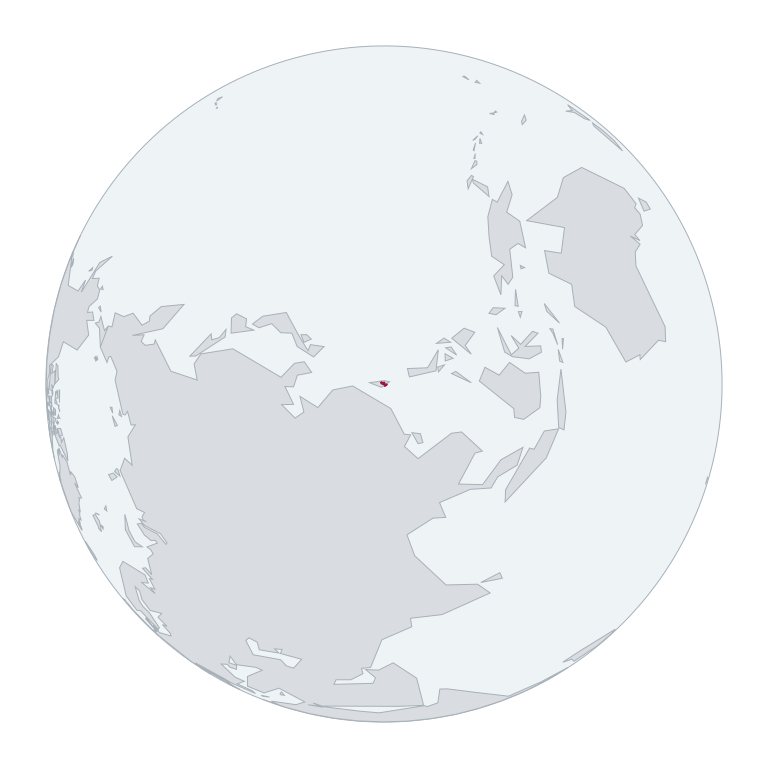 Kaohsiung City on an orthographic globe, rotated 256°
{"feature_id": "TWN-1156", "entity_name": "Kaohsiung City", "entity_type": "Special Municipality", "adm_level": 1, "iso_a3": "TWN", "parent_name": "Taiwan", "parent_adm1": "", "projection": "orthographic", "projection_center": [120.587, 22.979], "detail": "fine", "context": "on_globe", "style": "filled", "palette": "rose", "viewbox_px": 768, "rotation_deg": 256, "n_neighbors": 0, "source": "natural_earth", "source_scale": "10m", "svg_char_len": 11887}
<svg xmlns="http://www.w3.org/2000/svg" viewBox="0 0 768 768"><g transform="rotate(256 384 384)"><circle cx="384" cy="384" r="338" fill="#eef3f6" stroke="#a8b0b8"/><path d="M663.5,534.6L663.2,536.6L662.8,537.0L663.5,534.6ZM601.7,125.6L588.6,115.3L589.3,115.6L582.3,110.5L581.0,110.3L581.9,111.6L556.1,101.4L548.3,109.6L557.1,119.6L546.3,112.5L570.7,137.7L573.7,151.4L563.3,131.6L556.9,126.6L555.5,133.2L548.6,129.6L544.0,131.0L535.9,126.5L530.4,116.4L525.1,113.6L524.4,118.6L515.9,117.9L517.7,110.9L503.0,109.3L491.2,94.5L502.6,83.1L489.2,74.8L482.8,63.9L476.5,62.6L470.1,59.0L460.4,56.6L462.0,56.2L452.9,54.7L453.3,55.6L449.5,55.5L443.9,54.5L444.9,53.4L447.8,53.8L445.2,53.1L448.1,53.2L443.5,52.5L445.4,52.0L435.2,51.1L429.7,49.7L433.2,49.8L443.7,51.5L462.0,55.2L487.3,62.3L512.0,71.3L536.0,82.2L559.0,94.9L581.0,109.4L601.7,125.6ZM701.8,296.8L699.0,290.1L701.1,291.8L701.8,296.8ZM697.0,287.9L698.0,289.7L697.1,288.5L697.0,287.9ZM696.1,288.2L696.7,288.0L696.3,289.0L696.1,288.2ZM695.2,289.5L695.5,288.5L695.6,288.9L695.2,289.5ZM692.8,289.4L692.0,289.2L692.1,287.5L692.8,289.4ZM583.4,113.0L581.7,110.8L585.4,112.8L587.6,114.8L583.4,113.0ZM575.4,111.1L572.7,108.5L580.8,112.9L579.9,113.0L575.4,111.1ZM565.0,128.2L564.9,124.7L567.4,129.5L565.0,128.2ZM544.8,132.1L547.0,134.4L543.6,134.3L544.8,132.1ZM528.2,127.5L522.1,127.0L527.3,125.6L528.2,127.5ZM450.6,52.7L445.9,51.8L442.7,51.2L450.6,52.7ZM518.0,125.6L503.4,125.7L507.0,130.5L488.4,117.7L507.0,121.4L512.9,118.6L513.2,122.6L518.0,125.6ZM455.9,56.5L455.2,55.4L461.0,57.4L455.9,56.5ZM460.6,57.9L483.9,66.0L482.1,67.7L474.7,64.3L476.6,68.0L464.2,64.7L460.4,62.0L464.0,61.3L456.5,60.7L460.6,57.9ZM480.5,111.2L476.1,110.0L479.7,109.4L480.5,111.2ZM448.4,55.7L453.3,56.9L452.1,58.3L442.1,56.2L445.7,56.4L448.4,55.7ZM483.1,70.9L480.4,72.0L469.7,69.5L467.2,69.7L463.8,64.8L483.1,70.9ZM443.1,55.5L437.1,55.2L432.5,53.8L443.6,54.7L443.1,55.5ZM456.0,59.7L455.0,60.4L452.3,59.3L456.0,59.7ZM412.9,49.5L418.8,50.2L418.7,50.9L412.9,49.5ZM435.2,55.3L436.8,55.8L437.4,56.3L432.6,56.0L435.2,55.3ZM456.5,63.7L452.5,62.6L457.3,65.5L449.5,64.3L448.6,61.4L445.7,62.1L443.3,61.8L445.2,60.0L456.5,63.7ZM429.5,57.4L425.7,54.2L414.9,52.3L414.7,51.4L432.1,54.8L429.5,57.4ZM438.6,59.0L432.9,57.7L435.6,57.0L441.1,57.5L438.6,59.0ZM444.5,64.6L456.7,67.2L456.5,67.8L444.5,64.6ZM425.9,56.8L426.9,57.7L424.8,56.8L425.9,56.8ZM438.2,62.2L442.5,62.9L442.2,63.6L438.2,62.2ZM425.2,59.0L424.0,57.8L427.7,58.0L425.2,59.0ZM430.7,60.6L429.2,61.3L429.7,58.7L432.8,60.7L430.7,60.6ZM437.1,62.7L438.3,63.3L435.3,62.4L437.1,62.7ZM412.0,59.7L411.8,56.4L419.9,56.5L419.0,59.5L412.0,59.7ZM107.3,190.0L98.0,204.5L103.6,197.9L94.1,221.1L94.7,230.2L114.2,208.6L113.3,192.8L123.9,178.4L133.3,180.8L135.7,196.5L139.9,191.5L147.4,172.9L157.2,168.8L151.1,166.1L146.7,172.9L142.8,171.9L146.6,165.8L149.9,164.2L151.7,158.3L135.5,168.6L129.3,176.6L128.6,169.0L118.2,182.0L114.8,184.4L131.0,163.5L136.4,158.1L159.0,133.6L153.2,138.3L131.5,162.2L134.2,158.4L126.1,166.5L134.3,157.4L159.5,131.6L161.6,129.6L196.7,102.8L195.0,103.9L201.4,100.7L198.4,103.9L213.9,95.9L214.5,96.8L205.1,101.0L197.0,106.2L191.0,116.4L193.6,116.4L204.2,110.8L201.3,114.9L212.3,108.3L215.2,112.8L220.9,102.3L233.5,97.0L242.4,96.8L247.5,93.5L233.1,94.1L226.4,96.3L219.0,100.9L201.7,107.1L201.0,105.3L222.9,92.9L224.3,89.5L240.8,82.6L269.7,83.0L275.1,87.7L256.6,105.9L247.8,107.1L250.1,100.8L236.0,111.2L242.9,108.1L240.4,112.0L251.8,109.3L250.6,112.0L263.6,105.1L263.4,108.2L255.2,112.5L271.9,112.5L275.0,118.9L279.4,117.7L283.2,114.6L284.5,125.6L287.7,124.3L288.5,120.1L295.2,115.1L307.8,110.8L307.6,114.8L303.0,116.9L293.2,127.9L281.1,133.6L282.3,135.0L292.7,131.0L304.7,117.4L312.3,113.8L307.9,120.1L310.1,117.5L313.8,117.1L317.3,120.6L322.8,113.9L363.9,107.0L374.7,114.4L366.1,120.0L394.6,122.7L404.6,132.9L405.3,128.7L419.4,128.5L416.5,125.2L417.9,123.3L452.8,124.0L460.9,128.0L476.7,125.6L477.0,123.8L472.0,120.4L488.4,117.7L507.0,130.5L505.3,133.9L518.1,140.4L512.3,147.8L513.4,157.7L499.6,163.4L501.7,171.5L506.5,173.3L513.0,186.5L509.6,209.2L491.1,182.8L492.0,151.7L489.8,163.1L484.0,158.6L479.3,161.7L478.3,170.6L482.1,172.7L448.0,180.3L433.0,203.7L449.4,204.6L457.5,213.6L454.7,245.9L415.4,285.7L425.7,302.1L424.9,312.0L412.7,316.6L413.5,302.1L403.1,295.5L405.5,287.3L386.1,291.3L388.7,279.7L372.4,289.5L376.2,299.5L392.3,299.5L377.1,314.1L390.6,332.8L389.7,353.1L358.5,384.7L330.4,391.5L328.2,397.6L318.4,388.7L303.3,399.0L319.9,437.6L318.7,447.7L295.1,463.2L295.0,455.6L268.9,432.1L262.5,455.3L282.2,479.2L288.9,503.5L273.0,493.5L266.4,471.8L257.2,462.8L260.9,442.3L255.5,409.2L239.6,411.6L242.0,399.1L232.1,369.8L210.0,372.2L174.0,395.6L167.1,426.4L155.6,436.4L146.2,384.7L150.3,353.0L141.7,352.2L136.4,320.1L112.3,302.5L113.5,293.4L108.0,293.5L105.0,280.3L108.6,265.9L104.7,262.7L96.2,301.0L101.0,304.7L111.4,297.1L107.7,309.5L111.2,325.5L90.7,344.5L62.6,344.7L67.6,320.6L86.5,245.9L90.3,240.2L90.7,239.5L91.5,238.0L85.2,246.4L91.1,232.8L72.6,280.8L66.1,299.7L62.1,345.6L60.5,347.9L61.6,359.1L74.5,364.4L72.8,371.9L62.0,399.9L51.0,429.1L57.0,464.4L63.8,491.2L64.5,493.9L57.3,470.5L51.9,446.6L48.3,422.3L46.4,397.9L46.2,373.4L47.9,349.0L51.3,324.7L56.5,300.8L63.4,277.3L72.0,254.3L82.2,232.0L94.0,210.6L107.3,190.0ZM130.2,227.6L136.8,237.5L147.6,218.3L151.1,220.9L153.5,213.8L148.4,216.9L156.3,198.7L164.2,198.5L170.4,191.5L168.5,187.9L152.9,191.6L141.4,217.1L134.0,221.2L130.2,227.6ZM227.9,84.3L226.0,85.3L225.4,85.6L227.9,84.3ZM217.1,90.2L218.4,89.5L239.1,79.0L237.5,80.4L234.9,81.2L231.7,83.1L226.7,85.2L204.9,97.8L199.4,101.1L202.6,98.9L217.1,90.2ZM294.8,58.3L303.8,56.1L288.7,61.5L282.1,63.1L285.6,61.0L295.4,58.0L294.8,58.3ZM419.3,48.0L423.7,48.5L423.4,48.5L419.5,48.2L419.3,48.0ZM416.5,47.6L413.9,47.4L414.3,47.6L422.4,49.2L439.4,52.3L436.8,53.2L430.4,52.9L425.9,52.3L429.0,51.8L420.8,51.3L421.9,50.2L415.7,49.8L399.8,46.7L404.0,46.9L390.6,46.1L416.5,47.6ZM371.0,46.3L371.6,46.3L366.8,47.0L374.3,46.6L374.2,47.0L368.3,47.2L377.4,47.3L375.7,47.8L382.8,49.8L396.9,50.7L399.8,51.8L393.4,51.8L400.8,53.1L390.8,54.1L392.7,55.1L384.7,57.6L371.4,57.7L374.5,59.0L368.6,61.5L357.3,62.3L362.8,59.9L346.5,62.9L347.4,60.1L345.5,60.6L341.9,59.1L334.1,58.4L336.2,57.2L332.3,57.6L329.8,56.9L325.2,57.2L327.2,55.3L321.6,55.6L325.7,54.6L315.6,55.9L324.0,54.2L321.7,53.8L314.8,55.6L336.0,49.5L371.0,46.3ZM409.4,60.3L393.2,59.9L385.8,58.6L402.8,55.0L402.5,53.9L413.1,52.5L423.6,54.8L419.6,54.9L418.2,55.6L415.5,54.5L416.6,55.9L411.1,56.3L410.4,57.6L405.4,57.0L409.4,60.3ZM131.2,159.8L129.3,162.2L127.7,164.5L122.6,170.2L131.2,159.8ZM147.5,142.6L147.3,142.9L144.3,145.8L147.5,142.6ZM153.6,136.9L147.9,142.3L152.2,138.2L153.6,136.9ZM205.1,101.8L205.0,102.8L202.4,104.4L199.3,105.7L205.1,101.8ZM309.0,74.1L313.3,72.1L315.0,72.3L327.0,69.8L327.3,72.2L320.1,74.7L309.0,74.1ZM110.1,210.0L106.0,212.0L107.7,208.2L108.7,208.3L110.1,210.0ZM111.6,189.6L108.0,197.2L110.2,191.1L111.6,189.6ZM311.3,76.3L316.2,74.8L313.3,77.0L311.3,76.3ZM328.0,74.0L325.7,76.3L328.7,72.3L328.0,74.0ZM208.8,671.6L215.9,675.8L212.4,674.2L208.8,671.6ZM77.4,509.0L90.2,549.2L86.1,543.2L78.4,527.6L69.0,501.2L71.5,500.0L70.8,490.1L77.4,509.0ZM374.6,565.7L385.1,567.8L384.7,569.1L374.6,565.7ZM363.6,560.0L375.5,561.4L361.6,562.8L363.6,560.0ZM380.1,562.0L392.3,560.2L397.5,558.3L396.6,561.1L380.1,562.0ZM355.6,559.3L312.6,553.7L295.9,547.5L299.6,543.0L326.7,548.2L355.6,559.3ZM298.3,542.6L273.1,523.6L240.3,473.0L252.0,476.4L286.6,509.8L284.4,513.9L299.6,528.2L298.3,542.6ZM360.3,523.6L357.9,537.0L334.0,533.1L323.3,529.5L315.9,511.0L320.0,502.6L328.7,504.0L363.8,477.2L375.8,486.0L364.7,497.9L374.6,511.0L360.3,523.6ZM168.0,429.9L172.9,450.8L166.9,451.8L168.0,429.9ZM378.8,456.7L364.1,469.0L377.8,452.0L378.8,456.7ZM387.4,440.1L387.9,447.2L382.5,439.8L387.4,440.1ZM327.0,407.3L317.7,407.6L317.9,402.6L330.0,399.3L327.0,407.3ZM388.8,370.3L387.2,385.1L384.9,389.9L381.4,380.6L388.8,370.3ZM320.3,101.0L303.2,101.2L291.1,104.3L284.5,110.1L286.5,102.6L305.2,97.8L320.3,101.0ZM358.5,105.5L364.2,101.4L366.6,103.8L365.7,105.1L358.5,105.5ZM358.4,102.6L356.2,96.6L362.6,94.8L363.1,99.8L358.4,102.6ZM333.0,84.6L327.9,84.3L330.5,82.4L333.0,84.6ZM583.8,649.9L587.0,649.5L577.3,657.5L564.2,666.4L552.4,671.9L583.8,649.9ZM489.3,684.7L488.8,678.1L502.8,675.9L497.1,682.4L489.3,684.7ZM592.9,642.8L601.5,634.3L604.8,626.3L603.8,632.8L610.6,629.7L589.8,647.9L592.9,642.8ZM437.7,657.0L371.6,670.6L356.9,667.5L360.1,661.0L345.7,638.5L350.5,639.4L346.8,624.0L385.5,613.0L413.1,587.8L435.3,590.2L451.6,570.8L474.6,572.1L468.0,587.6L492.1,597.0L508.0,561.9L523.1,597.4L540.9,608.0L546.3,628.2L515.8,664.3L498.0,672.2L494.3,669.9L487.0,673.6L475.3,673.2L468.4,663.5L461.2,667.0L468.0,658.8L457.6,666.3L451.3,659.7L437.7,657.0ZM602.2,580.9L605.6,581.0L611.1,585.4L605.6,585.8L602.2,580.9ZM654.7,545.4L656.2,547.4L652.7,549.6L654.7,545.4ZM662.8,537.0L658.6,540.0L663.5,534.6L662.8,537.0ZM620.3,556.3L622.0,558.0L620.6,559.2L620.3,556.3ZM618.9,555.9L620.9,551.9L620.6,555.5L618.9,555.9ZM602.2,540.0L604.3,537.7L605.3,539.0L602.2,540.0ZM400.7,569.0L415.2,559.5L423.3,559.0L400.7,569.0ZM599.2,536.5L593.9,537.1L594.4,535.0L599.2,536.5ZM599.5,531.8L598.9,529.0L602.2,535.1L599.5,531.8ZM589.3,527.1L595.8,531.1L588.6,527.8L589.3,527.1ZM585.5,528.3L580.8,526.8L581.1,525.8L585.5,528.3ZM533.1,537.8L550.6,553.3L536.7,554.1L521.1,544.6L509.1,555.1L481.9,554.3L488.0,548.0L484.3,538.6L456.4,534.8L450.7,528.5L460.6,524.4L442.3,519.0L462.3,516.6L470.6,529.6L481.9,519.4L501.7,521.6L521.1,525.2L536.9,533.8L533.1,537.8ZM462.6,544.8L466.1,544.9L463.0,548.6L462.6,544.8ZM571.8,520.9L578.6,526.2L577.9,527.9L574.5,527.3L571.8,520.9ZM540.5,531.3L557.3,519.4L561.3,519.3L550.2,532.2L540.5,531.3ZM553.1,512.9L561.0,513.7L565.3,519.3L563.6,521.0L553.1,512.9ZM421.7,531.9L420.9,535.4L415.8,532.4L421.7,531.9ZM428.3,530.1L444.0,534.5L426.9,533.0L428.3,530.1ZM381.6,514.6L386.1,523.5L400.2,519.1L389.4,526.2L399.2,540.8L396.0,545.7L386.3,530.0L383.1,545.3L376.8,544.5L373.3,530.9L379.5,515.1L385.8,508.8L411.4,507.7L381.6,514.6ZM428.2,519.7L424.1,509.5L427.2,502.9L431.6,508.4L428.2,519.7ZM412.2,484.6L401.7,472.1L391.8,475.9L412.0,460.8L418.8,475.2L412.2,484.6ZM403.7,458.1L394.4,461.5L404.2,452.6L403.7,458.1ZM392.2,457.3L391.5,449.0L398.6,450.6L392.2,457.3ZM408.4,458.8L410.7,444.8L414.0,453.3L408.4,458.8ZM389.2,430.2L404.1,445.0L384.2,437.6L384.7,410.4L393.3,410.5L389.2,430.2ZM445.2,324.3L443.8,316.5L451.9,315.3L450.6,320.9L445.2,324.3ZM477.0,306.5L453.6,312.5L434.6,318.3L440.0,322.1L434.8,334.9L427.3,322.2L441.4,308.8L455.6,306.9L458.7,296.3L469.7,289.6L468.8,276.3L474.0,270.9L479.1,282.7L477.0,306.5ZM467.8,270.7L470.3,247.9L485.0,252.0L487.8,257.9L480.5,266.4L473.1,263.6L467.8,270.7ZM475.2,243.9L468.1,241.3L456.7,208.1L458.0,202.4L474.5,228.4L468.6,227.5L468.8,235.4L475.2,243.9ZM477.0,112.2L476.2,110.2L479.5,112.2L477.0,112.2ZM415.9,121.5L418.4,119.3L422.2,121.2L415.9,121.5ZM427.2,114.4L421.3,113.7L427.7,112.7L427.2,114.4ZM407.9,112.8L418.9,112.6L408.3,115.3L407.9,112.8Z" fill="#d9dde1" stroke="#a8b0b8" stroke-width="1"/><path d="M383.0,386.9L382.9,386.9L382.6,386.7L382.4,386.4L382.6,386.7L382.5,386.4L382.4,386.2L382.2,386.1L382.1,385.9L382.2,385.7L382.0,385.3L381.9,385.1L381.9,384.9L381.8,384.7L381.7,384.3L381.8,384.2L381.9,384.4L382.0,384.4L382.4,384.5L382.5,384.5L382.8,384.5L382.9,384.4L383.0,384.4L383.2,384.1L383.3,383.9L383.5,383.8L383.6,383.6L383.8,383.5L383.9,383.3L384.1,383.0L384.3,382.7L384.3,382.4L384.3,382.2L384.5,382.1L384.9,382.0L385.0,381.9L385.2,381.7L385.3,381.6L385.5,381.4L386.0,381.1L386.3,381.3L386.3,381.5L386.2,381.6L386.3,381.8L386.5,382.1L386.2,382.2L386.1,382.3L385.8,382.5L385.8,382.8L385.6,382.9L385.6,383.0L385.6,383.5L385.5,383.9L385.3,384.0L385.3,384.4L385.4,384.5L385.5,384.6L385.4,384.7L385.2,384.7L385.1,384.8L385.0,384.7L384.8,384.5L384.6,384.6L384.2,384.6L383.9,384.8L383.7,384.9L383.4,384.8L383.3,385.1L383.3,385.4L383.3,385.6L383.2,386.0L383.2,386.3L383.2,386.5L383.0,386.9Z" fill="#f43f5e" stroke="#9f1239" stroke-width="1.5"/></g></svg>